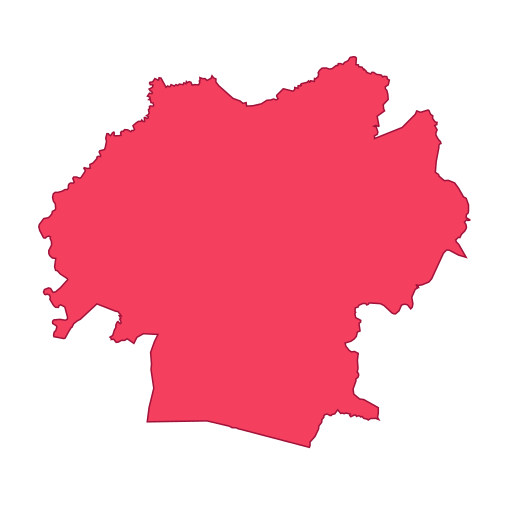 the district of Jolalpan, Puebla, Mexico, rotated 357°
{"feature_id": "50627088B30927628561887", "entity_name": "Jolalpan", "entity_type": "district", "adm_level": 2, "iso_a3": "MEX", "parent_name": "Mexico", "parent_adm1": "Puebla", "projection": "mercator", "projection_center": [-98.941, 18.299], "detail": "fine", "context": "isolated", "style": "filled", "palette": "rose", "viewbox_px": 512, "rotation_deg": 357, "n_neighbors": 0, "source": "geoboundaries", "source_scale": "gbopen_adm2", "svg_char_len": 5952}
<svg xmlns="http://www.w3.org/2000/svg" viewBox="0 0 512 512"><g transform="rotate(357 256 256)"><path d="M61.1,328.0L64.9,321.8L67.7,317.8L68.5,317.5L70.4,314.1L74.3,311.3L77.3,310.0L94.6,295.5L113.1,303.9L115.2,304.2L118.3,308.7L116.3,308.5L117.7,311.3L116.5,311.9L117.7,314.4L117.6,316.1L116.7,316.5L114.8,314.2L113.8,314.9L112.4,317.7L112.3,320.1L110.8,322.3L108.7,327.9L105.9,329.4L107.5,331.3L107.2,331.8L109.5,331.7L111.8,334.9L113.9,334.8L117.3,333.2L120.5,333.4L123.0,331.9L129.5,336.9L132.8,331.0L139.5,327.7L154.0,329.2L150.1,336.2L145.7,346.7L146.0,358.6L145.2,363.8L147.0,382.7L141.3,401.7L138.7,415.9L198.4,418.1L220.6,424.6L223.1,426.2L227.4,426.5L228.7,427.4L299.3,449.9L300.1,447.9L300.2,444.6L305.5,439.3L309.4,432.1L310.0,428.8L312.8,425.7L313.4,422.6L315.2,420.8L315.5,419.0L316.4,418.1L318.8,417.5L321.6,419.2L322.9,419.2L323.6,418.2L326.4,417.8L329.5,413.9L332.4,417.7L333.8,417.4L335.8,418.1L337.5,417.5L341.9,418.8L341.3,420.2L342.3,421.5L346.0,419.9L347.4,420.4L348.0,421.5L350.0,420.9L351.2,421.2L352.0,422.2L353.7,421.9L355.0,423.7L358.8,424.9L359.5,425.7L361.8,424.3L367.0,424.4L370.1,425.8L368.9,423.4L369.9,419.6L370.2,413.9L356.1,405.0L352.0,404.2L346.4,399.0L346.0,393.9L349.3,386.0L349.2,384.2L351.6,382.3L352.3,380.5L352.1,378.4L351.0,377.5L352.0,373.3L351.8,365.4L353.0,358.6L349.4,356.5L346.2,356.7L344.1,355.1L341.0,350.8L340.4,347.6L346.3,346.1L349.6,344.1L352.0,341.6L353.2,337.3L356.0,336.3L355.3,328.8L357.1,327.3L357.2,325.7L352.3,322.8L351.7,318.8L352.6,317.5L352.0,316.5L352.4,313.0L355.3,312.3L356.1,310.6L360.3,309.0L363.0,309.2L364.1,310.7L365.9,309.9L366.6,308.8L377.7,310.1L381.3,312.2L388.9,320.1L390.8,321.0L392.3,321.1L396.0,318.2L398.7,312.7L400.2,312.2L402.1,311.9L404.8,312.7L407.7,316.9L409.3,315.4L410.2,312.0L409.4,305.3L413.3,297.6L415.4,296.6L415.2,295.9L416.7,296.0L416.3,294.6L414.8,294.0L414.7,293.3L416.5,293.9L420.2,293.5L427.2,291.1L430.2,288.0L443.3,263.1L445.9,260.6L446.7,260.0L449.3,260.3L458.3,265.7L465.8,268.3L459.0,254.9L456.8,252.5L456.3,250.4L459.2,247.9L460.6,248.3L462.3,245.1L465.8,242.0L467.2,239.8L467.7,238.5L467.3,235.4L465.9,233.2L468.2,230.8L469.3,231.6L471.3,231.5L471.4,231.0L467.8,228.6L468.3,225.7L470.0,224.3L470.6,222.2L470.9,216.0L468.9,209.4L466.3,207.8L461.8,198.9L458.2,193.4L452.0,190.5L448.0,190.6L443.1,186.0L442.5,184.1L439.5,181.8L440.9,171.1L444.4,156.9L444.2,155.7L445.1,153.9L446.6,153.3L446.2,151.5L444.0,148.8L442.0,144.5L442.1,142.5L443.5,139.4L441.2,135.0L443.4,134.3L443.8,132.0L442.2,131.7L441.1,130.3L439.5,127.7L439.9,125.3L437.6,123.4L436.4,119.9L435.5,119.2L427.8,121.1L424.1,119.5L422.5,122.8L408.7,135.3L380.6,144.9L380.6,142.2L383.5,140.9L384.2,138.5L382.8,133.4L380.6,132.5L382.7,131.8L385.0,133.0L385.6,132.7L384.3,122.8L392.0,117.8L391.2,115.9L391.0,111.6L396.2,106.6L396.1,101.4L395.3,97.4L394.0,95.9L394.0,93.8L397.0,92.0L398.4,87.3L396.6,86.2L396.0,83.7L393.3,83.2L392.0,83.8L390.5,81.8L385.9,80.9L383.2,78.8L381.4,78.6L380.1,80.1L376.1,78.5L376.0,77.5L373.7,75.0L373.2,75.5L371.9,73.0L368.4,72.2L368.3,70.5L365.8,70.1L366.6,63.6L365.7,62.5L363.9,62.1L360.4,62.6L358.0,65.9L354.6,67.3L352.8,69.3L350.7,68.3L348.2,68.2L347.6,70.2L346.1,69.9L341.7,72.9L339.3,73.2L335.9,71.9L331.8,71.8L329.1,74.0L327.6,76.4L328.1,77.5L327.3,80.3L324.7,82.2L323.7,81.8L323.4,84.7L319.5,83.8L319.3,84.8L318.4,85.1L317.6,83.9L316.2,85.2L310.3,86.3L309.5,87.2L310.0,88.2L309.5,88.5L307.0,88.1L306.6,90.7L303.5,89.7L303.4,91.8L301.5,93.3L292.0,90.4L285.1,96.6L285.0,97.6L286.3,100.1L285.1,100.8L284.3,101.1L281.8,100.1L278.7,101.0L275.1,101.0L269.3,104.3L260.8,105.8L254.4,105.8L254.2,102.3L251.0,102.9L248.3,100.4L241.3,97.4L227.7,84.0L225.0,80.0L225.3,77.1L223.0,75.9L221.5,73.7L220.3,76.3L216.2,78.1L214.5,76.2L211.7,76.0L209.3,74.9L209.3,77.5L208.5,78.3L209.0,79.8L207.6,82.1L203.3,81.6L201.2,82.1L200.1,79.1L198.4,78.4L196.4,79.3L195.6,78.2L195.0,80.3L193.0,79.3L192.1,81.1L188.4,80.3L186.7,81.7L185.1,80.6L183.3,82.0L180.1,80.4L179.0,82.4L177.9,82.4L176.7,81.5L175.0,82.9L170.5,73.4L168.5,72.9L168.0,75.1L167.4,75.2L164.3,73.5L161.9,76.7L159.1,77.0L158.7,77.8L159.4,79.5L161.7,79.6L162.1,80.1L161.3,82.2L157.9,83.7L159.1,85.6L160.4,86.1L161.1,87.9L160.4,88.4L158.1,87.8L155.9,90.7L158.4,91.8L158.5,93.0L157.1,94.2L158.7,94.5L159.1,97.3L161.2,97.9L161.7,100.1L160.8,101.1L158.5,100.6L157.4,101.0L157.5,103.1L156.2,104.3L156.8,107.8L155.3,109.6L154.1,110.0L155.6,111.4L155.6,112.4L154.4,113.0L152.6,111.8L151.7,111.9L151.8,115.8L150.2,115.7L149.0,114.2L148.3,115.5L145.6,115.4L143.0,117.0L139.9,119.5L141.3,123.2L140.0,124.4L138.6,124.1L137.5,125.3L134.5,123.3L131.3,122.9L130.1,124.5L128.3,124.5L127.3,125.5L127.5,128.4L125.2,128.7L121.2,128.6L120.5,128.1L121.0,125.8L120.5,124.8L119.1,125.5L117.1,128.2L115.6,127.3L115.1,126.2L113.5,126.0L112.1,130.5L112.7,133.7L111.0,140.1L110.2,141.8L105.6,142.7L104.8,143.9L106.1,147.3L105.9,148.5L103.5,148.2L102.4,148.8L102.1,150.5L98.2,154.5L94.9,155.9L95.0,159.6L92.3,159.8L89.1,158.8L88.7,159.3L89.9,161.6L89.7,162.6L85.3,168.6L83.7,169.0L80.9,167.7L78.1,167.6L77.1,168.9L78.3,172.9L77.5,173.6L74.6,173.4L73.4,174.0L72.4,175.4L72.1,178.5L71.2,179.7L68.6,179.7L65.6,181.2L61.4,182.1L58.9,181.9L56.9,183.2L55.9,186.8L56.5,190.4L58.3,193.6L58.4,198.4L57.6,199.6L55.0,200.8L54.3,203.3L51.9,206.0L50.4,206.9L46.0,207.5L41.3,213.2L40.6,215.5L41.4,219.3L44.8,226.7L46.6,227.1L48.0,225.8L50.1,225.3L51.8,226.2L51.3,227.7L52.5,230.8L52.4,234.4L49.3,239.8L49.3,243.0L50.1,244.9L52.5,247.4L55.9,247.9L54.3,256.3L55.1,259.8L56.8,260.3L59.7,263.8L66.5,268.8L66.7,269.8L59.1,277.4L54.0,281.3L51.4,281.7L49.2,277.7L47.2,277.0L43.0,278.4L41.9,280.9L42.9,283.2L43.9,283.6L45.6,283.2L47.8,284.3L48.4,286.5L47.9,288.5L51.2,294.7L53.1,296.7L56.0,297.0L56.8,295.2L58.4,294.5L62.4,296.9L64.6,307.4L64.4,309.0L62.4,310.2L57.0,309.0L50.9,309.2L49.9,309.9L49.3,311.3L49.5,312.8L52.9,315.2L53.4,316.5L52.2,319.9L50.5,321.4L49.7,324.4L50.0,326.0L59.8,328.4L61.1,328.0Z" fill="#f43f5e" stroke="#9f1239" stroke-width="1.5"/></g></svg>